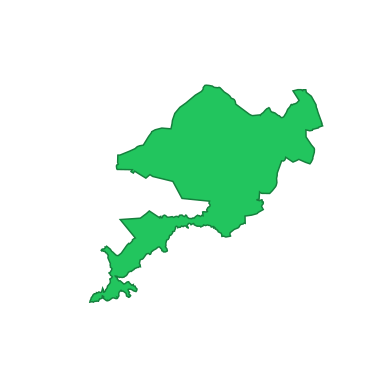 outline of Timilpan, México, Mexico, rotated 214°
{"feature_id": "50627088B71429046090456", "entity_name": "Timilpan", "entity_type": "district", "adm_level": 2, "iso_a3": "MEX", "parent_name": "Mexico", "parent_adm1": "México", "projection": "orthographic", "projection_center": [-99.714, 19.922], "detail": "fine", "context": "isolated", "style": "filled", "palette": "green", "viewbox_px": 384, "rotation_deg": 214, "n_neighbors": 0, "source": "geoboundaries", "source_scale": "gbopen_adm2", "svg_char_len": 5996}
<svg xmlns="http://www.w3.org/2000/svg" viewBox="0 0 384 384"><g transform="rotate(214 192 192)"><path d="M110.0,281.3L109.9,283.5L110.4,287.1L111.0,287.8L112.8,293.3L114.4,295.9L115.2,296.6L119.4,297.8L128.2,301.4L132.3,307.2L128.6,308.6L126.7,310.5L127.0,311.4L123.0,315.9L123.0,316.9L120.7,319.9L122.7,321.1L122.5,321.4L122.8,321.7L132.4,328.7L134.8,330.8L136.2,331.6L138.0,333.7L146.6,338.1L152.9,338.5L154.8,340.4L157.2,338.8L157.3,338.5L157.0,337.9L158.7,337.9L161.4,336.1L164.8,332.3L154.4,327.8L155.0,324.2L156.5,322.0L157.1,321.6L157.6,320.3L158.5,320.2L158.7,319.9L158.5,317.3L158.9,314.0L158.2,310.6L158.0,305.5L159.0,304.0L159.7,303.6L162.3,304.0L163.4,303.6L167.4,303.9L169.4,303.4L169.3,303.1L169.7,303.0L170.7,302.9L171.9,303.1L174.5,304.8L175.4,304.9L175.5,304.5L176.5,302.9L177.0,300.7L177.3,297.8L178.2,295.3L178.2,293.8L178.7,294.0L184.6,289.1L186.1,288.7L187.9,288.5L204.8,289.3L207.0,291.4L208.6,292.2L209.8,292.2L211.9,291.7L214.4,292.7L216.7,293.0L221.1,292.9L227.0,294.1L228.1,293.9L229.0,292.8L231.5,291.5L232.6,291.1L234.3,291.2L237.4,289.9L239.8,288.6L240.9,287.6L241.1,284.9L240.2,283.3L240.4,280.6L243.4,274.2L246.8,262.4L249.4,255.4L250.2,247.6L248.3,240.5L246.7,237.4L244.8,232.6L252.8,228.1L257.3,223.0L259.1,219.5L258.8,218.0L259.0,214.1L258.6,203.6L261.2,201.1L262.7,199.0L263.5,196.0L266.7,190.8L271.4,183.8L272.3,182.4L274.1,181.1L270.1,174.8L268.7,173.9L268.7,173.4L269.3,172.8L269.4,171.8L268.9,170.9L267.4,169.2L266.6,168.9L254.0,177.1L254.0,174.8L251.2,174.9L251.2,177.2L238.0,177.7L236.6,182.9L233.3,182.9L213.8,190.1L196.7,181.1L172.3,194.2L171.7,192.2L170.0,191.6L169.5,191.0L169.3,190.0L170.1,188.0L169.9,185.8L169.8,185.3L168.3,184.4L169.1,183.4L171.6,181.9L172.0,181.4L169.6,178.5L170.9,178.1L171.1,176.8L171.5,176.3L172.6,176.5L173.0,176.1L174.4,175.9L175.4,173.2L175.5,171.7L176.3,171.3L176.5,170.7L177.1,170.6L177.4,169.7L180.0,168.3L182.1,168.6L183.5,169.5L184.3,169.3L184.4,167.5L185.4,167.1L187.3,167.3L188.1,166.8L189.3,165.7L189.2,163.6L190.5,163.5L191.3,163.1L192.1,162.3L192.9,160.7L194.7,160.5L196.9,158.3L198.4,157.3L200.7,157.7L202.1,157.3L202.8,155.5L202.4,154.5L202.5,153.7L203.6,153.6L204.3,154.3L204.9,153.2L204.5,152.5L216.8,152.4L217.8,148.4L220.2,141.4L236.1,129.0L213.3,122.2L214.3,120.2L214.6,118.9L214.0,118.2L214.5,115.1L214.8,114.2L215.7,114.1L216.2,111.6L216.4,101.8L217.6,98.0L218.8,97.3L219.9,97.2L224.1,97.9L225.4,97.9L227.7,98.9L232.5,99.3L232.8,98.0L233.1,97.8L232.7,97.6L232.9,96.1L233.3,95.4L234.5,94.5L234.7,92.9L233.8,92.7L233.8,93.3L232.2,93.4L230.7,94.1L229.7,93.4L228.6,93.7L226.9,92.9L226.1,92.8L224.9,90.4L219.6,87.0L219.0,85.6L218.1,85.0L217.7,84.1L215.6,83.8L215.1,82.6L214.9,79.5L215.6,78.6L216.2,78.6L213.7,78.0L212.9,77.3L211.7,77.4L210.8,77.1L210.6,75.9L211.5,73.9L211.3,73.7L211.0,74.0L210.8,73.9L210.1,72.5L209.3,71.7L209.0,70.0L209.4,66.6L208.8,65.4L208.7,63.7L208.9,62.7L208.5,61.2L208.8,59.9L209.1,59.6L211.0,61.5L212.3,62.3L211.0,58.5L211.7,57.4L213.3,57.1L213.7,55.8L214.9,55.2L214.6,54.8L214.8,54.1L216.1,53.0L216.5,51.1L216.2,50.0L216.4,48.2L216.2,47.3L215.8,46.7L215.7,45.2L215.1,43.6L213.3,45.4L212.3,45.4L211.5,47.0L210.4,47.7L209.9,48.4L208.5,49.1L208.8,51.7L208.2,52.1L207.2,53.7L208.3,55.8L206.8,55.9L205.8,54.3L202.2,54.1L201.5,54.4L201.4,55.0L200.9,54.9L200.1,56.0L198.7,59.8L197.6,60.5L195.4,61.1L194.6,61.7L194.4,62.4L194.9,62.7L194.5,62.7L194.5,65.0L195.8,66.6L196.4,68.1L196.0,70.7L195.6,70.9L195.0,70.4L193.9,71.2L192.6,71.3L190.0,71.1L188.1,69.2L186.4,69.3L185.8,70.1L185.5,69.5L185.1,69.9L184.9,71.7L185.9,72.1L187.2,72.1L187.8,73.3L187.7,73.8L189.1,74.2L190.3,75.1L190.3,75.9L188.6,77.1L186.3,77.5L185.6,77.3L184.3,77.6L184.1,77.8L182.8,78.1L182.7,79.2L183.3,80.8L185.2,81.2L186.6,82.1L187.6,81.6L188.5,81.6L188.9,82.4L189.8,81.0L193.4,81.7L194.3,82.2L195.5,81.1L196.3,78.5L197.1,77.6L201.9,78.2L203.2,77.4L204.4,77.9L205.1,77.9L205.3,78.5L206.5,79.1L208.2,79.1L208.6,79.4L207.8,79.9L207.0,79.8L206.6,80.3L206.0,80.1L205.1,80.6L204.5,80.5L203.3,81.6L202.2,82.0L200.7,83.5L200.8,83.9L199.9,85.5L199.6,86.9L199.8,89.9L198.8,91.8L198.0,92.1L197.7,92.6L197.8,93.1L196.7,95.4L196.9,96.2L196.0,97.3L195.4,98.6L194.1,99.7L193.9,100.9L193.0,101.2L194.3,102.6L195.6,103.3L197.0,106.6L196.6,107.5L195.6,108.6L195.3,109.6L195.1,115.2L193.9,116.6L193.2,116.9L192.2,116.6L191.7,117.1L191.6,117.5L192.2,120.0L191.6,121.1L191.6,121.8L190.1,124.6L189.3,127.3L188.4,128.3L184.9,127.4L184.2,126.5L182.9,126.7L182.2,126.4L180.7,127.3L179.6,128.9L179.6,129.5L181.1,130.9L183.0,131.5L183.5,131.9L183.5,132.8L185.0,134.8L186.1,137.9L185.2,139.6L185.4,141.4L186.1,142.7L186.2,143.6L185.5,144.1L185.2,145.8L185.3,147.6L185.9,148.3L184.6,149.8L185.1,151.0L185.2,152.4L186.1,153.5L185.9,154.8L185.1,155.1L183.8,154.4L183.6,155.0L182.0,156.2L181.7,157.9L179.9,158.4L179.7,159.2L178.7,160.1L177.7,160.3L176.3,159.8L175.1,160.0L175.3,160.5L177.2,161.1L177.4,161.5L177.2,164.0L176.8,164.5L175.6,164.8L174.5,164.3L173.5,166.4L172.9,166.8L172.0,166.1L171.4,166.1L168.7,166.5L166.1,168.2L165.2,167.9L163.8,170.3L164.0,171.1L161.9,171.8L160.9,173.3L159.1,173.8L158.4,174.3L157.7,174.4L156.4,173.7L155.9,174.4L154.9,174.8L154.7,175.1L155.1,175.2L154.7,175.5L154.3,175.4L154.3,174.6L153.8,174.2L152.8,175.2L151.8,174.3L150.8,174.8L149.5,174.3L149.2,174.5L148.0,173.7L144.8,174.1L143.7,173.4L142.4,171.9L141.0,173.1L138.8,173.6L135.5,176.8L135.4,177.1L136.6,177.8L137.3,178.8L137.6,179.7L136.1,184.6L133.7,188.1L133.4,189.7L133.7,190.8L133.5,192.2L131.6,194.3L131.4,195.5L130.4,195.8L134.6,201.7L129.6,206.2L126.2,210.2L125.8,210.9L125.8,211.9L123.1,217.3L126.3,219.0L126.6,220.5L126.4,221.9L126.8,222.9L127.6,223.6L128.3,223.0L129.4,224.6L130.1,224.3L131.1,222.6L133.5,221.7L133.8,222.0L132.4,223.6L136.0,229.8L135.0,229.6L133.4,229.9L126.8,234.2L126.1,238.2L125.7,243.3L126.0,244.9L126.9,247.3L129.6,250.7L130.5,253.1L131.9,255.3L135.1,267.9L133.5,268.9L133.0,270.0L133.0,271.0L133.7,273.2L125.0,273.3L123.0,276.4L121.7,278.8L114.4,280.1L110.0,281.3Z" fill="#22c55e" stroke="#15803d" stroke-width="1.5"/></g></svg>